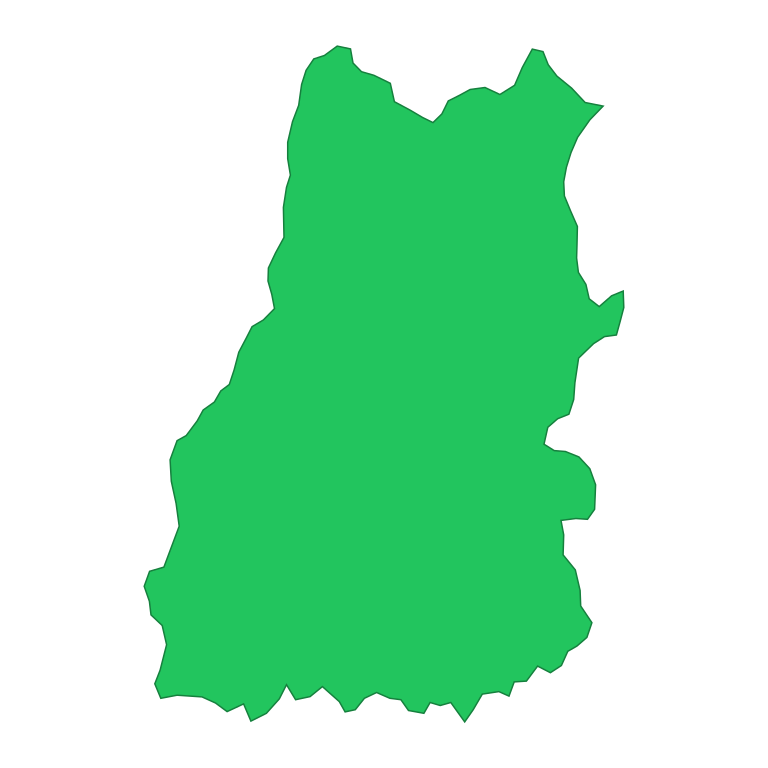 Arceburgo, Minas Gerais, Brazil (Equal Earth projection)
{"feature_id": "56859067B4673789538308", "entity_name": "Arceburgo", "entity_type": "district", "adm_level": 2, "iso_a3": "BRA", "parent_name": "Brazil", "parent_adm1": "Minas Gerais", "projection": "equal_earth", "projection_center": [-46.936, -21.353], "detail": "fine", "context": "isolated", "style": "filled", "palette": "green", "viewbox_px": 768, "rotation_deg": 0, "n_neighbors": 0, "source": "geoboundaries", "source_scale": "gbopen_adm2", "svg_char_len": 1899}
<svg xmlns="http://www.w3.org/2000/svg" viewBox="0 0 768 768"><path d="M603.1,106.1L585.1,102.5L571.6,88.1L556.9,76.1L548.2,64.7L543.0,51.6L532.3,49.1L522.3,67.5L514.6,85.3L499.9,94.5L485.0,87.5L470.1,89.5L459.5,95.3L448.3,100.9L441.9,113.9L433.0,122.6L422.6,117.5L410.4,110.3L394.4,101.7L390.3,83.3L373.9,75.3L361.5,71.7L353.0,63.0L350.5,48.9L337.2,46.1L324.4,55.5L313.8,58.9L306.1,70.3L301.6,84.5L298.7,105.3L292.5,121.7L287.7,142.3L287.7,158.7L290.4,175.1L286.5,187.3L283.4,207.4L284.0,237.4L275.5,253.0L268.4,268.0L268.0,281.0L271.8,294.4L274.5,308.6L263.3,320.0L252.1,326.6L246.3,338.0L238.8,352.2L234.1,370.0L229.3,384.5L220.8,390.9L214.4,402.0L203.2,410.0L197.2,420.9L186.2,435.6L177.1,440.6L170.1,459.8L171.3,481.2L176.1,503.4L179.2,526.2L163.9,567.1L149.6,571.3L144.2,586.3L149.4,601.3L151.0,614.9L162.2,625.5L166.6,644.7L160.1,670.2L154.8,683.8L160.8,698.3L177.1,695.2L202.0,696.9L215.5,703.0L227.1,711.6L243.6,703.9L250.9,721.1L266.4,713.3L279.3,698.9L286.5,684.7L295.6,699.7L310.1,696.6L322.4,686.6L339.3,701.6L345.1,711.9L355.3,709.7L364.4,698.3L376.6,692.5L389.9,698.3L400.9,699.7L408.5,710.5L423.9,713.3L430.1,702.5L440.2,705.5L450.8,702.5L464.7,721.9L473.2,709.7L482.3,694.1L498.9,691.6L509.0,696.1L514.2,681.9L526.4,681.1L537.6,666.1L550.4,672.7L561.4,665.5L567.8,651.3L577.0,646.0L586.9,637.4L591.9,622.7L580.7,606.0L580.1,590.5L575.3,569.9L563.1,554.9L563.7,534.9L561.0,520.4L575.9,518.5L587.5,519.3L594.6,509.3L595.6,484.8L589.8,468.7L579.0,457.0L565.4,451.5L554.2,450.6L544.0,444.2L547.8,427.3L557.7,418.7L568.9,414.2L573.7,399.5L574.9,382.8L578.6,358.1L593.6,343.6L604.5,336.6L616.4,335.0L620.1,321.6L623.8,307.5L623.2,291.0L611.6,295.8L599.2,306.6L589.2,298.8L585.9,284.4L578.4,272.4L576.6,258.0L577.0,244.3L577.4,226.5L570.6,211.0L564.4,196.0L563.7,181.8L566.4,167.3L571.0,152.6L577.6,137.3L589.9,119.8L603.1,106.1Z" fill="#22c55e" stroke="#15803d" stroke-width="1.5"/></svg>